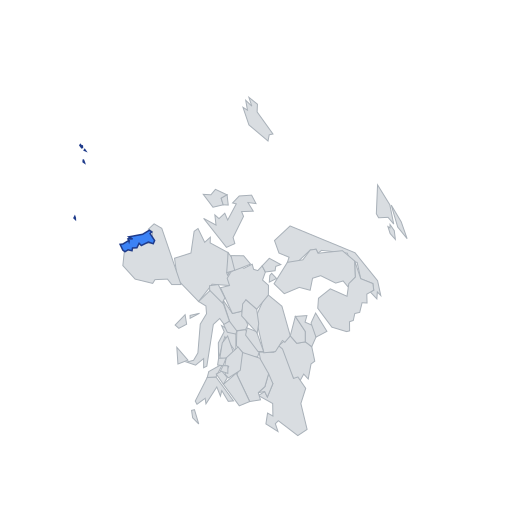 Portugal highlighted on a map of Europe, rotated 63°
{"feature_id": "PRT", "entity_name": "Portugal", "entity_type": "country or territory", "adm_level": 0, "iso_a3": "PRT", "parent_name": "Europe", "parent_adm1": "", "projection": "robinson", "projection_center": [-13.235, 37.393], "detail": "coarse", "context": "in_parent", "style": "filled", "palette": "blue", "viewbox_px": 512, "rotation_deg": 63, "n_neighbors": 37, "source": "natural_earth", "source_scale": "50m", "svg_char_len": 8051}
<svg xmlns="http://www.w3.org/2000/svg" viewBox="0 0 512 512"><g transform="rotate(63 256 256)"><path d="M247.8,115.4L271.1,113.5L290.1,118.8L281.5,120.8L277.6,129.4L273.0,129.6L247.8,115.4ZM349.1,167.8L339.5,170.6L339.9,166.6L333.6,164.4L323.8,173.0L307.6,168.8L303.3,174.3L294.9,173.4L280.7,195.1L281.7,199.5L277.2,199.4L275.3,205.0L280.6,223.1L275.9,230.9L272.1,227.1L263.8,234.2L250.6,232.5L244.7,212.0L298.1,166.3L333.2,158.9L347.9,162.8L343.1,164.2L349.1,167.8ZM309.2,113.5L294.6,116.6L272.0,112.4L291.5,111.1L309.2,113.5ZM304.5,124.3L296.9,126.3L289.7,125.1L291.8,123.9L288.8,122.3L296.2,121.3L304.5,124.3Z" fill="#d9dde1" stroke="#a8b0b8" stroke-width="1"/><path d="M240.4,279.3L270.3,293.0L261.2,307.9L270.5,327.8L241.3,336.7L221.0,329.6L223.8,312.6L205.9,299.9L205.2,295.2L220.5,295.5L218.5,288.1L223.5,290.9L240.4,279.3ZM279.0,341.7L281.4,332.3L281.6,343.0L279.0,341.7Z" fill="#d9dde1" stroke="#a8b0b8" stroke-width="1"/><path d="M275.9,230.9L280.7,216.0L275.3,205.0L277.2,199.4L281.7,199.5L290.5,176.6L305.4,170.3L319.9,177.0L324.9,188.1L317.8,189.7L316.3,197.3L302.9,207.3L301.5,215.7L311.1,223.3L303.6,231.7L302.4,247.9L288.9,252.5L275.9,230.9Z" fill="#d9dde1" stroke="#a8b0b8" stroke-width="1"/><path d="M362.1,247.5L376.4,251.4L377.2,256.0L389.3,265.3L382.9,267.1L387.0,273.2L382.1,278.2L346.2,276.6L342.7,261.7L352.3,259.3L354.9,251.0L362.1,247.5Z" fill="#d9dde1" stroke="#a8b0b8" stroke-width="1"/><path d="M414.2,314.9L422.4,316.1L410.1,323.4L401.2,317.0L406.3,313.6L395.0,308.1L381.4,317.2L380.7,309.8L386.8,309.9L377.4,298.9L358.2,301.4L343.0,296.9L349.9,283.9L346.2,276.6L350.9,274.6L382.1,278.2L382.8,273.6L396.5,271.8L407.8,283.0L433.7,289.2L435.0,300.3L412.9,310.9L414.2,314.9Z" fill="#d9dde1" stroke="#a8b0b8" stroke-width="1"/><path d="M342.7,261.7L346.0,269.5L343.3,270.8L350.0,282.1L345.8,293.0L310.4,284.0L297.0,267.6L296.4,262.7L312.5,255.7L342.7,261.7Z" fill="#d9dde1" stroke="#a8b0b8" stroke-width="1"/><path d="M316.9,298.8L313.3,308.2L306.3,309.9L278.9,305.5L296.5,303.1L298.7,293.9L313.8,294.5L316.9,298.8Z" fill="#d9dde1" stroke="#a8b0b8" stroke-width="1"/><path d="M343.0,296.9L346.8,300.4L339.9,310.6L327.0,314.2L314.1,307.1L316.9,298.8L343.0,296.9Z" fill="#d9dde1" stroke="#a8b0b8" stroke-width="1"/><path d="M366.6,298.2L377.4,298.9L386.8,309.9L380.7,309.8L378.8,316.0L376.4,307.4L366.6,298.2Z" fill="#d9dde1" stroke="#a8b0b8" stroke-width="1"/><path d="M378.8,316.0L386.2,317.3L382.8,327.7L352.8,326.9L335.9,311.8L348.8,299.0L366.6,298.2L376.4,307.4L378.8,316.0Z" fill="#d9dde1" stroke="#a8b0b8" stroke-width="1"/><path d="M354.9,251.0L352.3,259.3L342.7,261.7L327.7,248.4L345.7,246.3L354.9,251.0Z" fill="#d9dde1" stroke="#a8b0b8" stroke-width="1"/><path d="M355.5,239.4L362.1,247.5L354.9,251.0L345.7,246.3L327.7,248.4L332.2,237.7L337.2,242.3L344.5,236.4L355.5,239.4Z" fill="#d9dde1" stroke="#a8b0b8" stroke-width="1"/><path d="M355.3,227.0L355.5,239.4L340.7,237.4L333.9,228.8L355.3,227.0Z" fill="#d9dde1" stroke="#a8b0b8" stroke-width="1"/><path d="M296.4,262.7L303.8,279.6L290.5,284.9L298.7,293.9L296.5,303.1L268.1,302.1L270.3,293.0L262.8,291.8L259.0,285.8L257.5,274.8L261.5,272.4L261.6,263.1L266.8,264.2L269.8,261.0L267.6,255.0L274.5,254.9L280.4,261.1L287.8,258.2L296.4,262.7Z" fill="#d9dde1" stroke="#a8b0b8" stroke-width="1"/><path d="M350.8,324.2L352.8,326.9L382.8,327.7L381.9,338.9L355.5,343.3L350.8,324.2Z" fill="#d9dde1" stroke="#a8b0b8" stroke-width="1"/><path d="M379.7,383.3L371.4,385.9L364.3,383.5L365.0,380.6L379.7,383.3ZM345.6,346.6L374.9,341.8L372.9,346.7L360.4,347.6L364.7,351.3L354.9,350.4L365.0,367.7L359.7,365.9L361.3,375.9L357.7,376.0L342.1,354.6L345.6,346.6Z" fill="#d9dde1" stroke="#a8b0b8" stroke-width="1"/><path d="M345.6,346.6L342.1,354.6L337.5,350.5L336.9,334.4L345.6,346.6Z" fill="#d9dde1" stroke="#a8b0b8" stroke-width="1"/><path d="M316.4,309.4L332.5,317.6L313.7,320.4L330.2,335.8L316.3,329.0L309.0,318.7L302.4,318.3L316.4,309.4Z" fill="#d9dde1" stroke="#a8b0b8" stroke-width="1"/><path d="M279.2,302.7L284.0,309.5L268.3,314.1L261.4,310.9L264.3,302.6L279.2,302.7Z" fill="#d9dde1" stroke="#a8b0b8" stroke-width="1"/><path d="M257.7,286.1L260.2,290.1L257.5,289.7L257.7,286.1Z" fill="#d9dde1" stroke="#a8b0b8" stroke-width="1"/><path d="M259.1,281.5L257.5,289.7L240.4,279.3L252.6,277.2L259.1,281.5Z" fill="#d9dde1" stroke="#a8b0b8" stroke-width="1"/><path d="M260.8,264.5L259.1,281.5L244.3,278.1L250.2,266.9L260.8,264.5Z" fill="#d9dde1" stroke="#a8b0b8" stroke-width="1"/><path d="M192.4,371.4L191.8,354.6L197.5,343.0L187.3,337.1L183.2,339.7L181.1,332.2L188.6,327.4L247.4,335.8L243.2,344.0L236.4,345.4L231.2,356.7L233.5,360.5L221.7,374.2L204.1,379.0L192.4,371.4Z" fill="#d9dde1" stroke="#a8b0b8" stroke-width="1"/><path d="M195.5,262.0L193.0,272.2L177.1,275.0L181.0,268.4L178.2,261.9L188.4,254.0L188.7,260.8L195.5,262.0Z" fill="#d9dde1" stroke="#a8b0b8" stroke-width="1"/><path d="M284.1,306.8L302.0,309.3L303.5,315.3L295.2,316.7L297.6,325.1L331.8,349.8L331.8,353.4L323.6,349.2L325.8,359.4L319.0,366.0L320.6,359.0L316.0,351.8L291.4,336.6L285.0,326.3L277.8,323.3L270.5,327.8L265.9,312.7L284.1,306.8ZM301.4,368.0L317.9,363.9L316.8,374.6L301.4,368.0ZM276.1,345.8L285.3,348.8L285.4,357.6L280.8,359.4L276.1,345.8Z" fill="#d9dde1" stroke="#a8b0b8" stroke-width="1"/><path d="M274.5,254.9L267.6,255.0L264.1,245.2L274.9,237.8L274.2,243.1L277.8,245.7L274.5,254.9ZM285.3,247.9L285.3,256.0L279.6,252.5L278.5,249.9L285.3,247.9Z" fill="#d9dde1" stroke="#a8b0b8" stroke-width="1"/><path d="M195.5,262.0L188.7,260.8L188.4,254.0L198.0,257.6L195.5,262.0ZM211.1,264.9L200.6,249.9L198.1,252.8L194.9,243.7L199.8,232.3L209.3,232.2L204.7,238.9L214.8,238.1L209.9,248.7L215.0,249.1L229.1,268.0L235.3,269.2L234.9,278.4L198.7,285.6L210.3,277.6L200.7,274.0L205.9,272.0L203.7,264.4L211.1,264.9Z" fill="#d9dde1" stroke="#a8b0b8" stroke-width="1"/><path d="M155.0,185.5L154.0,189.2L159.0,193.1L136.0,202.8L117.6,200.1L122.2,197.4L112.6,194.5L120.6,191.7L111.4,190.3L121.4,185.8L128.1,189.6L155.0,185.5Z" fill="#d9dde1" stroke="#a8b0b8" stroke-width="1"/><path d="M302.0,309.3L314.1,307.1L316.4,309.4L310.9,316.2L302.4,315.9L302.0,309.3Z" fill="#d9dde1" stroke="#a8b0b8" stroke-width="1"/><path d="M339.9,166.6L340.3,174.6L348.3,178.4L345.8,182.7L353.3,189.2L352.1,194.1L357.6,198.6L357.0,202.5L365.2,206.6L364.5,209.6L353.9,220.7L330.6,224.7L322.0,219.5L319.0,204.7L333.2,193.2L322.7,185.8L319.9,177.0L305.4,170.3L323.8,173.0L333.6,164.4L339.9,166.6Z" fill="#d9dde1" stroke="#a8b0b8" stroke-width="1"/><path d="M344.6,292.6L342.0,297.6L321.8,301.2L316.0,296.6L323.6,289.9L344.6,292.6Z" fill="#d9dde1" stroke="#a8b0b8" stroke-width="1"/><path d="M303.8,279.6L317.5,284.3L325.1,289.9L302.9,296.0L292.6,289.6L290.5,284.9L303.8,279.6Z" fill="#d9dde1" stroke="#a8b0b8" stroke-width="1"/><path d="M330.6,334.6L318.1,325.5L314.4,317.6L332.8,320.1L334.5,328.6L330.6,334.6Z" fill="#d9dde1" stroke="#a8b0b8" stroke-width="1"/><path d="M351.4,336.8L355.5,343.3L343.1,345.0L343.0,338.6L351.4,336.8Z" fill="#d9dde1" stroke="#a8b0b8" stroke-width="1"/><path d="M328.8,313.3L335.9,311.8L350.7,321.9L352.1,335.9L347.2,337.3L342.0,330.5L339.5,333.6L333.3,328.9L328.8,313.3Z" fill="#d9dde1" stroke="#a8b0b8" stroke-width="1"/><path d="M338.8,335.1L335.7,339.7L330.2,335.8L333.3,328.9L338.8,335.1Z" fill="#d9dde1" stroke="#a8b0b8" stroke-width="1"/><path d="M342.3,339.9L338.8,335.1L341.1,330.9L347.8,334.4L342.3,339.9Z" fill="#d9dde1" stroke="#a8b0b8" stroke-width="1"/><path d="M184.6,339.3L187.3,338.0L187.9,340.2L196.2,339.3L198.4,342.0L194.7,345.5L194.6,353.4L191.6,354.4L194.6,358.4L192.8,362.4L195.0,364.1L192.4,367.2L192.7,370.8L190.3,372.0L183.9,371.8L184.9,369.2L184.4,362.4L185.6,362.6L184.9,362.0L182.6,362.4L182.4,361.0L183.6,360.4L184.8,358.2L181.2,360.5L185.2,347.1L184.6,339.3ZM91.6,366.1L94.7,366.4L95.2,366.5L93.7,367.3L91.6,366.1ZM138.5,399.5L140.0,399.7L141.3,400.3L139.5,400.9L138.5,399.5ZM79.2,362.4L77.5,362.7L77.0,361.9L77.8,361.7L79.2,362.4ZM84.9,360.1L83.8,361.0L83.4,360.3L84.9,360.1ZM81.2,361.7L79.5,361.3L78.4,360.5L80.2,361.2L81.2,361.7Z" fill="#3b82f6" stroke="#1e3a8a" stroke-width="1.5"/></g></svg>